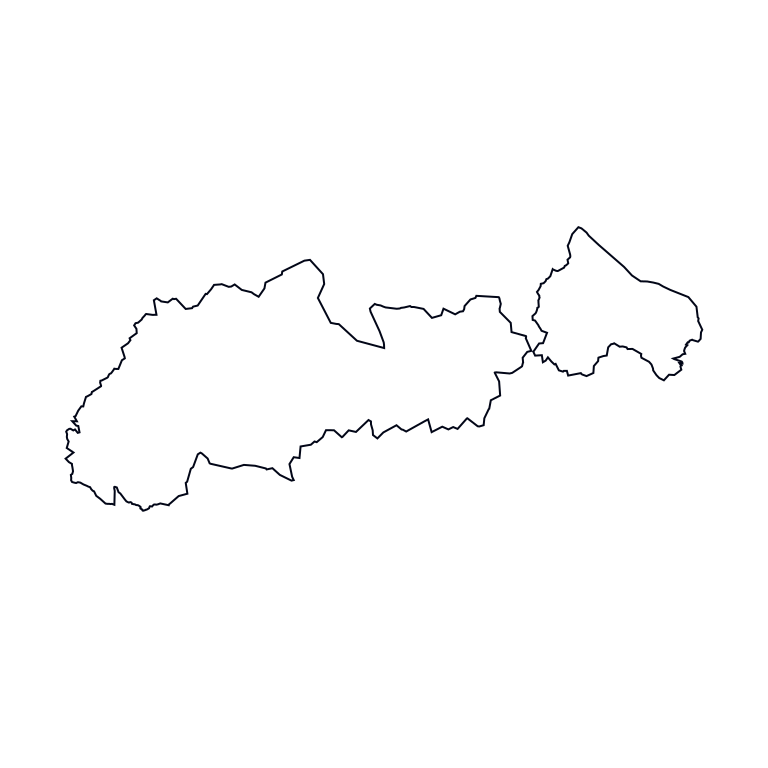 the district of Kauru, Kaduna, Nigeria, rotated 294°
{"feature_id": "59680162B79526209894783", "entity_name": "Kauru", "entity_type": "district", "adm_level": 2, "iso_a3": "NGA", "parent_name": "Nigeria", "parent_adm1": "Kaduna", "projection": "albers", "projection_center": [8.254, 10.219], "detail": "fine", "context": "isolated", "style": "outline", "palette": "ink", "viewbox_px": 768, "rotation_deg": 294, "n_neighbors": 0, "source": "geoboundaries", "source_scale": "gbopen_adm2", "svg_char_len": 6059}
<svg xmlns="http://www.w3.org/2000/svg" viewBox="0 0 768 768"><g transform="rotate(294 384 384)"><path d="M464.3,261.1L445.4,245.3L442.5,246.1L428.4,234.5L422.7,235.9L412.7,234.0L413.2,228.7L413.9,225.7L412.1,215.8L414.2,207.1L410.9,204.8L409.6,202.6L409.2,195.1L408.3,193.8L405.4,188.4L404.6,188.3L400.2,187.5L394.1,185.7L393.8,184.4L379.9,181.9L377.0,178.1L375.2,177.8L371.9,172.3L377.3,159.4L376.1,157.6L376.0,156.3L370.6,153.3L368.8,146.8L369.1,146.1L369.8,141.5L366.9,139.7L354.7,148.0L353.0,144.4L351.2,138.2L350.7,137.9L349.3,137.6L346.1,136.5L344.3,136.4L340.0,134.4L338.5,132.3L335.9,131.9L333.7,135.4L329.9,137.4L322.3,133.0L322.2,133.1L321.7,133.6L320.9,134.5L317.1,133.6L310.4,129.5L303.3,135.9L302.0,136.8L299.1,134.9L289.7,135.2L288.4,132.1L288.3,131.4L286.8,131.2L285.9,131.0L284.4,130.7L283.2,130.4L282.6,130.2L282.4,130.0L282.2,129.8L282.0,129.6L281.9,129.5L281.7,129.3L281.5,129.2L281.1,129.0L279.3,128.9L278.3,129.0L277.8,128.9L277.3,128.7L272.9,125.1L272.4,124.7L271.6,123.6L269.8,124.1L267.3,126.3L266.9,126.4L258.2,120.7L257.9,120.4L255.8,120.8L252.1,118.0L251.0,117.0L244.2,117.8L241.2,118.4L240.5,116.6L235.3,115.5L229.2,115.3L228.2,114.3L225.0,118.6L223.2,114.3L220.8,119.8L221.3,121.8L216.0,125.5L214.8,124.1L216.8,120.2L215.2,119.0L215.6,115.8L215.0,114.7L213.6,113.8L212.6,113.2L211.1,113.1L211.0,113.3L209.3,114.9L206.6,115.8L204.9,117.0L203.2,119.3L196.5,120.2L195.1,128.2L186.3,123.5L184.5,127.9L184.1,131.4L182.9,132.0L181.2,133.2L177.8,135.4L175.1,135.8L173.6,134.9L171.0,136.5L168.8,137.3L167.6,138.9L167.9,141.2L168.3,143.0L169.8,144.3L170.4,146.7L170.2,148.5L170.0,150.3L170.1,153.9L170.0,155.6L170.2,157.5L168.9,159.2L168.0,161.3L168.0,162.8L164.8,166.6L163.7,171.4L161.5,178.2L161.8,179.3L162.2,180.6L162.7,181.5L163.1,183.0L163.9,184.3L163.9,185.6L164.0,186.8L176.8,181.5L179.2,179.8L180.2,179.5L180.6,179.9L180.8,182.0L177.2,185.5L176.7,187.7L173.1,194.2L172.0,196.4L171.9,197.9L171.9,199.0L172.0,199.3L172.5,199.8L172.9,200.3L173.0,200.9L172.9,201.6L172.5,202.2L172.0,202.6L172.1,203.0L172.3,203.6L172.4,204.5L172.7,205.1L172.7,205.9L172.6,206.7L172.8,207.4L173.1,208.1L173.2,208.7L173.1,209.4L173.1,210.3L172.7,211.1L172.5,211.8L171.8,211.8L171.2,212.1L171.1,212.7L171.1,213.6L170.9,214.4L170.3,214.7L170.2,215.3L170.5,215.9L171.1,216.5L171.6,217.1L172.2,217.5L172.6,218.2L173.8,219.1L174.9,219.9L175.9,219.8L177.0,219.8L177.4,220.6L177.7,221.9L178.7,222.2L180.1,222.7L180.8,223.7L181.1,225.0L182.1,226.4L183.9,228.2L185.7,236.7L186.7,236.6L187.8,237.2L198.1,242.0L203.8,249.0L213.0,243.1L214.7,243.9L228.0,242.0L230.5,243.4L244.0,242.5L246.6,244.2L246.5,245.8L244.2,253.2L240.6,257.0L240.6,258.1L244.7,278.8L245.0,279.7L253.1,288.9L256.9,299.6L258.8,310.5L258.2,311.5L261.7,316.3L258.6,325.8L258.1,338.8L259.5,340.6L261.9,337.8L272.4,330.2L280.4,331.3L282.0,336.9L293.0,333.2L298.8,341.9L303.2,343.9L303.5,346.2L310.6,349.6L318.2,349.8L321.4,357.1L318.2,367.1L318.8,367.6L327.3,370.6L328.8,377.9L344.8,384.5L344.6,386.1L344.5,387.3L341.9,388.5L337.1,392.5L332.9,394.7L331.6,400.1L339.5,403.1L351.4,412.2L349.6,418.5L349.9,419.8L349.6,423.6L366.3,436.1L369.6,438.7L359.4,447.1L368.7,454.6L368.7,461.3L372.8,464.7L372.9,469.5L386.2,473.7L386.6,474.1L383.5,486.8L384.0,488.4L386.9,491.8L393.5,489.6L403.7,489.9L404.2,490.2L412.6,488.2L420.7,494.8L433.2,488.1L439.4,480.5L439.5,480.5L440.3,481.7L444.7,494.5L446.3,496.6L455.7,502.6L456.4,502.9L459.7,502.3L460.1,502.4L464.4,500.0L471.6,501.8L474.2,505.1L483.5,494.9L484.9,494.7L485.5,494.2L483.3,479.4L491.4,474.9L497.0,460.5L499.9,458.9L500.5,458.9L504.7,458.1L507.2,456.0L509.3,454.5L510.0,453.5L502.1,432.5L500.8,432.5L499.8,432.5L496.4,428.6L488.0,425.9L484.9,426.8L482.6,426.6L480.9,423.9L476.6,420.7L477.0,407.7L470.1,408.3L463.9,400.9L468.7,389.6L466.6,380.3L465.5,377.7L465.8,376.1L462.2,371.4L460.7,369.0L460.6,368.7L459.4,367.7L457.9,365.0L454.6,354.3L454.4,351.8L454.4,349.0L453.4,345.0L453.4,343.0L447.2,340.4L444.6,342.3L430.4,358.5L421.9,366.8L419.8,368.1L416.9,369.5L412.5,341.7L420.3,318.4L419.9,317.1L419.5,316.1L418.2,310.5L435.7,288.6L436.2,288.6L451.0,288.7L459.5,283.6L467.3,265.9L464.3,261.1ZM474.2,507.3L471.4,510.5L474.5,516.5L468.5,520.3L471.1,522.2L475.0,522.9L472.6,527.8L471.2,531.7L472.2,532.6L467.6,538.2L468.1,542.5L469.1,542.9L470.4,545.7L466.6,548.8L474.0,559.4L473.5,560.1L473.4,560.7L473.3,561.2L473.4,562.8L473.6,565.8L479.2,570.8L485.8,568.4L492.0,570.3L495.1,569.2L495.3,569.2L495.4,569.3L498.8,573.1L500.6,575.9L508.7,573.9L512.7,575.3L514.0,577.1L514.8,577.7L514.0,583.8L513.9,584.0L515.4,586.8L516.1,590.7L515.0,592.3L517.1,596.7L517.1,596.9L516.1,606.8L514.3,607.3L512.7,608.5L512.1,617.1L510.6,620.4L507.5,623.5L505.9,624.4L502.9,629.3L501.4,633.0L501.2,638.2L508.4,640.6L510.3,645.6L518.0,649.8L520.5,647.7L521.4,647.6L522.1,648.4L522.8,647.7L522.6,646.4L523.3,645.3L524.2,648.3L525.0,647.8L525.3,647.4L525.6,646.8L524.8,638.9L524.9,637.9L529.1,643.1L532.6,644.7L534.1,646.9L536.2,644.7L538.0,644.4L539.8,644.3L540.4,644.5L542.8,645.3L542.8,643.9L545.6,644.5L545.7,645.2L546.1,645.4L547.9,645.6L549.8,647.5L549.7,648.2L550.4,653.6L550.6,653.8L554.0,654.9L560.1,652.6L563.0,652.7L569.3,645.4L571.9,644.7L572.6,643.4L574.0,642.6L581.7,638.0L587.2,626.7L586.4,607.3L586.6,599.4L587.2,594.2L586.2,588.7L584.7,582.7L582.2,576.7L584.0,566.4L588.6,555.7L598.4,523.6L602.8,510.7L604.7,507.5L606.5,501.1L606.3,497.8L597.5,495.0L588.8,495.7L585.0,495.6L578.2,501.2L577.5,501.7L576.4,502.3L575.4,502.5L572.2,501.1L569.2,503.2L568.0,502.8L566.1,501.8L565.4,501.1L563.6,501.2L558.1,497.0L557.7,496.4L557.4,494.9L557.4,491.7L557.5,491.4L550.1,492.1L546.8,490.8L545.9,489.7L543.6,489.8L541.0,488.8L539.3,486.5L537.0,487.3L532.3,486.9L531.9,486.7L530.3,486.3L529.1,487.9L527.8,490.0L526.8,490.4L526.4,490.9L524.8,491.1L524.0,491.0L522.9,491.1L522.6,491.4L521.8,491.7L517.5,494.0L516.5,493.6L516.0,493.1L515.0,493.4L513.3,493.7L511.4,493.8L510.2,493.7L506.4,492.0L503.0,493.8L503.4,496.2L500.3,501.4L499.7,501.9L498.0,504.6L496.7,506.3L497.1,512.1L486.0,512.7L484.1,509.2L474.2,507.3Z" fill="none" stroke="#020617" stroke-width="2"/></g></svg>